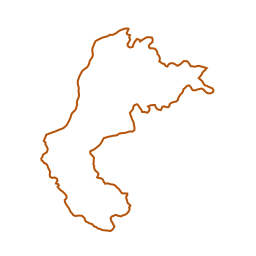 Tumiritinga, Minas Gerais, Brazil (Equal Earth projection), rotated 260°
{"feature_id": "56859067B90264149101668", "entity_name": "Tumiritinga", "entity_type": "district", "adm_level": 2, "iso_a3": "BRA", "parent_name": "Brazil", "parent_adm1": "Minas Gerais", "projection": "equal_earth", "projection_center": [-41.714, -19.039], "detail": "fine", "context": "isolated", "style": "outline", "palette": "amber", "viewbox_px": 256, "rotation_deg": 260, "n_neighbors": 0, "source": "geoboundaries", "source_scale": "gbopen_adm2", "svg_char_len": 4302}
<svg xmlns="http://www.w3.org/2000/svg" viewBox="0 0 256 256"><g transform="rotate(260 128 128)"><path d="M29.6,92.9L30.7,95.2L32.0,96.5L33.6,97.5L35.3,96.8L37.4,96.3L38.8,95.6L40.7,95.3L42.3,95.2L43.7,96.8L44.1,98.9L44.6,101.0L43.2,103.1L42.2,105.8L43.0,108.4L43.2,110.7L44.5,112.8L46.0,114.4L47.8,115.5L49.5,115.3L51.1,116.9L53.1,115.5L54.4,114.6L57.3,114.4L59.0,114.1L60.7,114.3L62.1,115.7L63.6,115.9L64.2,113.2L64.7,110.9L66.4,109.8L67.8,109.3L69.7,108.3L71.7,106.5L73.4,105.6L74.6,104.2L75.7,101.0L77.0,98.5L77.1,95.7L79.1,94.9L80.9,94.4L82.2,93.9L83.3,92.5L83.8,90.6L84.8,89.0L86.3,90.2L88.1,91.0L90.0,90.0L92.0,88.2L94.4,87.7L96.3,88.1L98.2,87.6L99.9,88.2L102.4,88.6L104.4,89.3L106.0,88.8L107.3,87.8L109.3,86.5L111.7,86.8L112.3,89.3L113.2,91.8L114.1,93.4L115.3,95.7L116.5,97.5L117.7,98.7L119.4,100.1L120.7,101.2L122.2,102.4L122.5,104.9L122.8,107.0L122.8,109.3L123.0,112.1L122.7,114.4L123.0,116.3L124.0,118.3L124.0,121.1L123.7,123.8L123.9,126.1L124.3,128.6L123.7,131.9L124.6,133.8L126.6,134.4L128.2,134.5L130.4,134.4L132.4,134.5L134.7,133.8L136.6,133.4L138.7,133.1L141.0,132.6L142.6,132.5L144.2,134.5L146.0,136.3L147.6,136.8L149.4,138.2L149.8,141.2L148.4,142.1L146.6,142.8L144.9,143.6L143.1,144.5L141.5,144.5L140.8,147.3L139.7,149.8L140.9,151.4L142.2,152.4L143.6,152.7L145.8,151.5L146.4,154.3L146.3,156.4L146.0,158.5L144.0,158.9L142.1,159.6L140.9,161.0L139.9,163.3L141.3,164.5L142.8,165.3L143.2,167.2L141.9,169.2L141.5,171.2L142.5,172.6L144.0,173.0L145.3,175.0L145.6,177.7L145.8,180.4L147.0,182.1L148.5,182.6L150.1,183.7L151.9,185.5L153.2,187.5L154.6,188.6L156.4,189.2L157.6,191.2L159.3,193.6L159.3,195.7L157.7,196.8L155.7,197.5L154.2,198.1L153.5,199.8L153.7,202.4L154.0,204.8L154.1,207.2L152.9,209.0L151.6,209.7L150.2,210.6L148.6,212.2L147.8,214.6L148.3,217.5L150.0,218.7L152.3,218.0L153.5,216.2L154.5,214.6L155.8,213.0L157.1,210.7L159.3,209.9L161.2,209.3L163.2,207.7L164.8,206.3L166.3,208.1L167.8,209.7L169.6,210.9L171.5,213.6L173.3,215.9L174.5,213.7L175.9,210.7L177.0,208.2L176.9,206.2L176.8,204.3L178.0,200.5L179.6,199.8L181.3,199.3L183.5,197.8L184.2,194.5L182.7,192.3L181.5,190.1L180.7,187.5L182.5,185.5L183.9,183.7L184.4,181.4L183.7,179.1L181.7,177.5L182.7,175.7L184.7,175.0L185.4,173.2L186.5,172.2L188.0,170.4L189.5,171.0L191.0,171.5L192.4,171.3L194.1,170.9L195.6,169.9L197.7,170.0L200.0,169.3L201.5,168.1L202.2,166.0L202.7,163.5L204.2,162.7L206.0,163.3L207.3,165.0L208.3,166.9L210.2,167.6L211.6,167.5L213.0,167.2L213.6,165.1L214.1,162.4L213.1,159.4L212.1,157.1L211.1,155.0L212.8,154.7L214.1,152.3L212.2,150.0L210.5,148.7L208.8,147.5L207.1,146.7L206.9,144.2L207.8,142.7L209.2,142.0L210.7,142.1L212.0,143.3L213.4,144.6L215.0,145.6L216.8,144.8L219.1,146.1L220.2,143.8L221.5,143.1L222.9,144.0L224.1,144.9L225.6,145.8L226.4,143.7L226.3,141.2L225.9,138.7L225.1,135.9L223.9,133.6L222.9,131.2L222.4,128.9L222.9,126.1L221.9,124.0L221.7,121.3L221.6,119.2L221.1,117.2L220.2,114.0L219.3,111.3L217.4,109.8L216.2,109.0L214.8,108.2L213.3,107.3L211.9,106.5L209.5,106.2L206.3,106.2L204.5,105.4L203.0,104.2L201.1,102.2L198.9,101.2L197.3,100.4L195.7,99.1L194.7,97.9L193.9,96.1L193.0,94.4L192.1,92.9L190.5,91.5L188.7,90.2L187.0,88.9L185.2,87.9L183.2,86.8L181.2,86.3L179.6,86.2L177.7,86.4L175.8,86.4L174.4,86.1L172.7,85.6L171.2,85.7L169.1,85.5L167.2,85.0L165.3,83.7L163.4,82.5L161.4,82.0L159.6,81.7L157.6,80.9L155.5,79.8L153.8,77.8L152.8,76.0L151.1,74.6L149.3,73.7L147.6,72.8L145.6,71.4L143.3,69.6L142.1,68.7L140.6,66.9L139.3,64.7L138.6,62.3L138.4,60.5L137.8,58.1L137.2,55.5L136.9,53.6L136.6,51.8L136.2,49.5L135.5,46.3L133.1,44.9L131.3,43.8L129.8,42.8L128.2,44.2L126.1,43.9L123.9,44.7L121.9,45.3L120.1,44.9L118.2,43.8L117.3,41.6L116.4,39.6L114.6,38.8L113.0,37.3L111.0,37.3L109.8,38.6L108.2,39.2L107.1,41.0L105.8,41.9L104.2,42.2L102.4,42.5L100.7,43.1L98.2,43.7L95.8,42.8L93.5,42.8L91.9,44.8L92.1,47.1L90.4,49.2L88.4,49.4L87.2,48.3L85.8,47.4L84.9,49.5L83.5,49.9L82.4,48.5L80.6,49.3L78.8,50.6L77.6,51.6L76.5,52.8L74.6,54.1L72.3,55.5L70.4,55.6L69.1,54.8L68.2,53.2L66.7,53.1L64.7,53.4L62.4,54.3L60.1,55.5L58.0,56.2L56.2,56.6L54.8,57.3L53.4,58.2L51.6,59.0L50.4,61.2L50.4,64.1L49.6,67.3L47.9,68.8L46.6,69.6L45.1,69.6L43.2,70.3L42.2,71.9L41.0,73.2L40.2,74.7L39.4,76.2L38.0,76.8L36.8,77.9L36.0,79.5L34.3,80.8L33.3,83.3L31.9,85.0L31.4,87.0L30.5,90.0L29.6,92.9Z" fill="none" stroke="#b45309" stroke-width="2"/></g></svg>